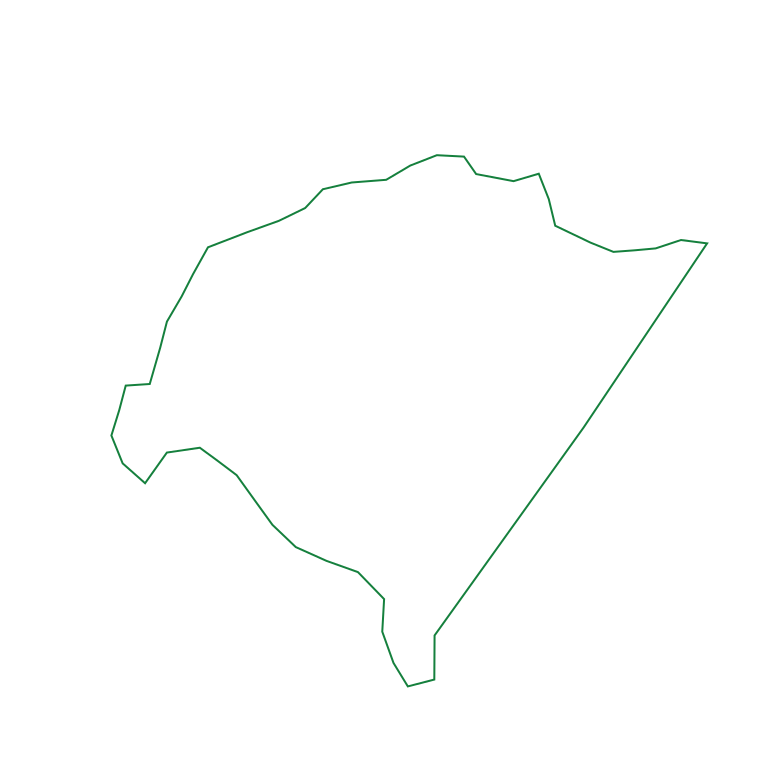 outline of Areial, Paraíba, Brazil, rotated 295°
{"feature_id": "56859067B12551730275049", "entity_name": "Areial", "entity_type": "district", "adm_level": 2, "iso_a3": "BRA", "parent_name": "Brazil", "parent_adm1": "Paraíba", "projection": "mercator", "projection_center": [-35.932, -7.048], "detail": "fine", "context": "isolated", "style": "outline", "palette": "green", "viewbox_px": 768, "rotation_deg": 295, "n_neighbors": 0, "source": "geoboundaries", "source_scale": "gbopen_adm2", "svg_char_len": 742}
<svg xmlns="http://www.w3.org/2000/svg" viewBox="0 0 768 768"><g transform="rotate(295 384 384)"><path d="M648.0,617.4L640.0,592.3L621.7,572.9L611.0,554.5L600.7,536.1L599.4,511.4L599.8,472.3L621.2,455.2L640.0,435.4L622.6,415.7L613.2,378.8L623.9,360.4L613.7,335.2L593.1,315.5L570.0,299.7L553.0,269.6L534.7,246.3L510.2,238.2L487.5,219.8L463.8,195.9L433.5,166.7L402.7,164.5L377.8,163.6L348.8,160.9L322.5,165.8L285.0,171.7L273.4,150.6L248.4,155.1L222.1,158.7L201.6,180.7L193.1,209.4L230.1,216.2L248.4,244.0L244.0,266.0L239.1,289.0L223.5,316.8L209.2,342.4L198.9,373.0L199.4,406.7L202.5,439.9L189.1,475.0L158.8,487.1L135.2,510.5L120.0,533.4L137.4,554.5L177.5,536.1L429.0,583.3L648.0,617.4Z" fill="none" stroke="#15803d" stroke-width="2"/></g></svg>